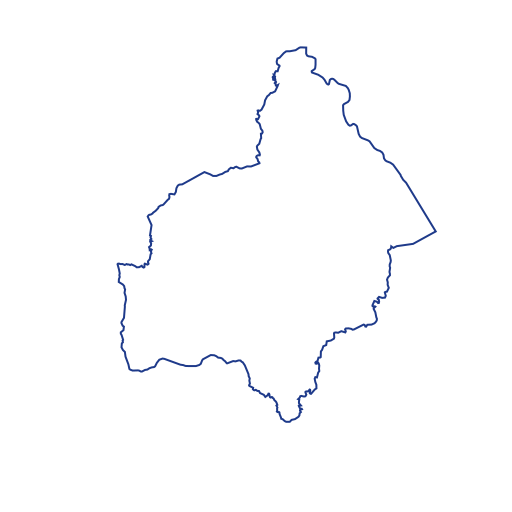 the district of Urdaneta, Los Rios, Ecuador, rotated 149°
{"feature_id": "8360857B13036239300316", "entity_name": "Urdaneta", "entity_type": "district", "adm_level": 2, "iso_a3": "ECU", "parent_name": "Ecuador", "parent_adm1": "Los Rios", "projection": "natural_earth1", "projection_center": [-79.377, -1.567], "detail": "fine", "context": "isolated", "style": "outline", "palette": "blue", "viewbox_px": 512, "rotation_deg": 149, "n_neighbors": 0, "source": "geoboundaries", "source_scale": "gbopen_adm2", "svg_char_len": 6129}
<svg xmlns="http://www.w3.org/2000/svg" viewBox="0 0 512 512"><g transform="rotate(149 256 256)"><path d="M282.3,355.4L285.0,356.7L286.8,356.6L289.3,355.1L291.7,352.2L294.2,350.8L296.9,353.1L298.4,353.6L299.3,352.5L299.8,351.1L301.1,349.8L302.8,349.6L308.7,347.8L309.7,347.7L311.6,348.4L314.2,348.3L315.2,347.4L318.8,346.4L322.1,346.1L322.8,345.7L324.8,345.7L326.3,346.3L327.2,346.2L328.5,345.6L329.6,336.3L336.3,328.2L335.7,327.3L336.9,326.1L336.9,324.5L338.5,324.2L338.6,323.8L337.7,322.4L339.3,322.6L339.4,320.8L340.7,319.1L343.1,318.7L343.4,317.1L344.0,315.9L342.5,315.8L342.2,315.2L343.4,314.8L343.2,314.3L343.9,313.8L344.2,312.1L345.4,311.8L348.7,308.0L351.3,307.1L351.8,306.3L352.0,304.9L352.4,304.5L353.5,304.5L355.2,306.7L355.7,306.5L357.3,304.0L358.2,303.9L358.9,304.9L359.0,306.5L361.9,306.6L364.0,307.7L364.8,309.6L367.1,313.0L368.5,313.0L369.4,314.3L370.4,314.8L371.0,315.7L373.1,315.9L374.6,317.9L376.4,318.9L377.4,320.1L378.4,320.5L378.9,320.3L380.3,315.3L381.8,311.2L383.0,310.0L383.6,308.2L385.4,306.8L387.0,304.4L384.8,300.1L384.5,298.1L385.3,296.1L385.4,294.8L387.7,292.1L388.5,288.5L390.0,285.4L393.9,281.3L394.5,280.1L401.0,271.0L405.4,268.6L405.9,267.8L406.2,264.9L405.6,263.5L407.8,260.7L411.2,260.2L411.9,259.0L411.9,257.5L413.1,252.5L413.9,252.2L414.5,250.6L416.0,250.2L418.3,247.0L418.5,244.0L417.8,241.3L419.7,236.9L421.2,228.8L422.7,224.4L422.3,223.3L420.7,221.3L416.2,218.8L415.3,218.1L414.2,216.3L413.3,215.7L409.8,215.5L407.6,214.6L405.1,214.7L402.7,214.2L400.6,213.3L399.3,213.4L396.0,215.5L392.3,216.9L388.9,216.2L387.5,215.0L376.8,201.8L374.5,199.9L373.1,198.1L369.9,196.0L364.2,192.6L360.8,191.8L358.9,192.0L355.9,194.3L354.7,194.8L345.8,194.4L342.9,192.4L341.6,190.5L340.8,188.4L338.7,186.8L337.7,185.3L337.4,183.5L336.7,181.8L336.3,179.1L335.9,178.8L329.7,177.7L327.8,176.2L324.9,175.5L323.1,174.4L322.8,172.8L322.1,171.7L321.9,168.0L323.3,158.6L324.2,156.7L324.4,154.3L325.9,152.6L326.9,149.8L328.5,148.8L328.6,148.0L326.3,144.5L327.3,143.4L326.9,142.1L326.4,141.6L325.1,141.4L324.3,139.6L323.0,138.8L323.1,136.4L320.8,133.0L320.6,130.4L317.9,130.6L316.2,131.6L315.7,131.2L315.9,130.2L316.5,129.0L316.7,127.7L316.3,127.1L315.1,127.0L314.7,126.5L314.8,125.7L314.3,124.7L314.5,123.0L314.0,121.3L313.9,120.0L314.4,117.4L315.5,117.3L315.7,115.1L316.5,114.4L317.5,112.5L318.2,112.0L318.0,111.2L316.6,110.3L316.5,109.9L317.2,108.3L317.8,104.5L318.2,103.5L317.2,102.4L316.4,99.7L315.5,98.3L312.4,96.5L309.9,97.2L306.6,96.1L302.4,96.3L300.9,97.0L299.6,98.7L297.9,99.1L298.0,100.7L297.7,101.2L297.1,101.4L295.5,101.0L295.5,101.5L296.8,102.5L296.5,105.6L295.7,105.8L294.8,104.8L294.5,104.7L295.0,107.5L294.5,108.6L292.9,110.6L293.6,111.6L291.4,112.1L290.3,113.0L289.3,112.8L287.2,110.8L285.9,110.3L284.3,111.2L283.9,113.6L283.5,114.1L282.8,114.1L281.1,113.1L278.8,113.9L278.5,113.5L278.8,112.7L280.5,110.8L280.3,109.9L279.8,109.5L274.4,111.3L272.4,111.4L270.6,114.5L270.0,117.6L268.9,120.6L267.5,121.6L266.3,120.5L262.8,124.0L261.0,124.8L260.0,127.0L258.2,129.5L257.7,131.0L257.6,132.6L257.9,132.9L259.0,132.3L259.9,132.6L260.3,133.1L260.0,134.1L259.0,134.4L257.4,134.3L254.8,136.7L253.2,135.9L252.6,136.0L249.5,140.8L247.7,141.5L244.7,144.0L241.7,143.5L239.3,146.4L235.4,145.0L231.8,145.0L230.9,145.8L229.0,149.5L228.4,149.9L227.0,149.4L225.1,147.9L221.6,147.6L218.8,144.5L217.9,145.1L217.4,147.3L216.3,147.6L213.9,146.3L211.8,144.4L211.2,143.1L209.9,142.6L199.1,141.8L198.4,141.0L198.6,139.2L198.0,138.7L196.0,139.7L192.3,137.7L189.0,137.3L186.7,138.0L185.5,138.8L184.7,139.9L184.4,141.6L182.7,146.3L182.4,150.1L182.0,150.6L179.8,151.1L180.1,151.7L181.8,152.7L181.9,153.2L181.5,153.8L177.7,156.5L175.9,154.5L175.6,152.8L174.9,152.5L174.0,153.4L173.2,155.5L173.8,156.5L173.7,157.0L171.6,157.6L169.4,155.1L166.9,153.9L165.3,155.0L164.3,158.5L163.7,158.6L162.1,158.0L158.6,160.3L158.0,163.5L156.6,165.6L155.9,168.2L154.1,169.6L151.1,170.5L150.4,171.7L149.8,173.6L147.1,176.8L146.7,178.4L145.7,179.9L143.7,181.5L142.7,182.8L140.9,187.9L141.1,190.3L140.7,191.6L139.8,192.9L137.4,192.6L136.0,193.4L135.1,194.6L134.1,192.2L130.2,191.9L115.1,185.5L89.3,184.5L89.6,241.5L90.6,245.5L90.6,250.2L90.3,251.0L91.4,263.7L92.8,266.8L95.3,270.0L95.9,271.4L96.0,273.8L94.6,277.1L94.5,279.7L95.6,282.2L97.5,284.4L99.0,287.6L99.6,295.8L100.5,297.5L104.5,302.6L105.3,304.7L105.1,307.8L102.7,315.1L102.9,316.4L103.8,318.4L104.7,319.2L107.4,319.0L108.5,319.4L109.2,320.9L109.4,325.0L108.1,331.8L106.4,335.6L103.7,340.4L102.4,340.9L97.8,340.7L95.5,341.6L93.4,344.3L91.8,347.2L91.0,350.4L90.8,352.4L91.4,355.5L96.3,360.9L96.9,362.1L98.0,366.5L98.5,367.8L99.5,368.8L100.7,369.1L102.0,368.9L104.9,365.8L105.6,365.7L106.2,366.3L106.6,367.5L106.5,371.8L107.0,374.7L109.3,379.3L113.5,384.4L113.4,385.2L113.0,385.8L109.5,386.0L108.4,386.7L106.5,389.2L103.6,394.0L103.7,395.1L105.4,397.9L108.2,400.2L109.0,401.5L108.8,403.6L105.6,408.8L110.2,411.8L111.5,412.2L116.0,412.0L121.6,414.1L124.7,415.9L127.7,415.6L133.7,413.8L135.9,414.2L138.0,412.2L138.7,410.8L139.0,409.5L137.8,407.1L138.1,406.5L139.6,405.7L142.3,403.2L143.8,404.2L145.4,403.4L146.6,402.1L147.3,402.5L147.3,401.2L148.2,401.0L147.3,399.9L148.0,399.1L148.4,397.8L148.8,398.0L149.0,400.6L149.3,400.9L149.6,400.7L149.9,399.2L150.5,398.3L149.1,396.8L149.2,394.8L149.7,394.5L150.3,394.9L150.9,394.6L150.6,393.3L151.2,391.9L150.8,391.3L149.1,391.3L150.2,390.4L154.8,387.3L158.0,387.5L159.5,388.2L162.1,387.3L164.1,387.1L168.0,384.8L170.9,381.6L175.9,378.6L177.9,378.4L179.1,379.7L179.7,379.8L180.3,377.8L181.6,376.9L180.9,374.8L181.2,373.9L183.9,372.2L184.4,372.4L185.1,373.4L185.3,373.4L185.7,372.5L185.9,370.5L185.2,368.8L184.9,367.1L186.3,362.5L186.0,360.2L186.5,358.7L187.7,357.9L188.8,358.3L190.9,354.3L191.9,353.8L195.4,350.5L198.1,349.9L199.0,349.2L200.0,346.5L199.8,343.1L200.4,341.0L201.0,340.4L202.4,341.3L203.7,341.4L204.5,341.1L205.0,340.4L204.7,338.5L205.4,336.0L205.0,334.5L205.3,333.7L214.2,335.3L217.5,337.4L223.1,338.3L224.9,339.5L226.9,342.7L228.4,343.0L230.1,342.8L232.1,344.6L234.8,344.2L236.4,343.2L239.0,343.9L242.8,343.8L245.1,344.5L248.6,345.0L251.6,346.8L253.2,349.6L257.0,354.5L282.3,355.4Z" fill="none" stroke="#1e3a8a" stroke-width="2"/></g></svg>